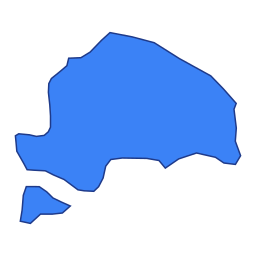 Sarajevo-romanija, orthographic projection
{"feature_id": "BIH-4806", "entity_name": "Sarajevo-romanija", "entity_type": "state/province", "adm_level": 1, "iso_a3": "BIH", "parent_name": "Bosnia and Herzegovina", "parent_adm1": "", "projection": "orthographic", "projection_center": [18.669, 43.854], "detail": "fine", "context": "isolated", "style": "filled", "palette": "blue", "viewbox_px": 256, "rotation_deg": 0, "n_neighbors": 0, "source": "natural_earth", "source_scale": "10m", "svg_char_len": 921}
<svg xmlns="http://www.w3.org/2000/svg" viewBox="0 0 256 256"><path d="M71.4,58.1L80.9,57.7L90.1,52.1L101.5,40.3L110.0,32.6L132.3,36.9L154.2,42.7L179.4,58.6L210.8,75.9L223.4,88.9L236.2,103.4L234.0,109.2L236.3,128.1L235.3,141.2L240.6,155.7L235.4,164.4L223.9,163.0L215.5,157.3L196.5,153.0L178.7,158.9L165.3,168.1L159.0,160.5L146.8,158.4L122.3,158.0L110.8,159.5L105.7,166.2L103.1,178.0L98.6,186.7L93.8,191.3L84.1,190.8L77.9,189.8L77.0,189.1L64.1,179.5L53.4,174.9L45.3,170.8L34.1,170.2L27.1,169.7L23.8,163.5L16.8,151.2L16.1,143.0L15.4,135.8L18.7,133.8L29.4,134.8L36.4,136.4L44.2,135.4L48.3,131.8L50.5,127.2L50.5,115.9L49.8,105.1L48.4,92.3L48.8,83.6L51.4,78.5L59.1,72.3L66.9,65.7L68.7,58.2L71.4,58.1ZM20.3,221.2L22.1,210.2L23.3,195.3L26.3,186.6L34.1,186.6L39.3,186.7L46.7,191.8L53.0,198.0L61.5,202.1L70.3,206.0L62.4,213.0L52.3,214.1L40.5,214.1L30.4,223.4L20.3,221.2Z" fill="#3b82f6" stroke="#1e3a8a" stroke-width="1.5"/></svg>